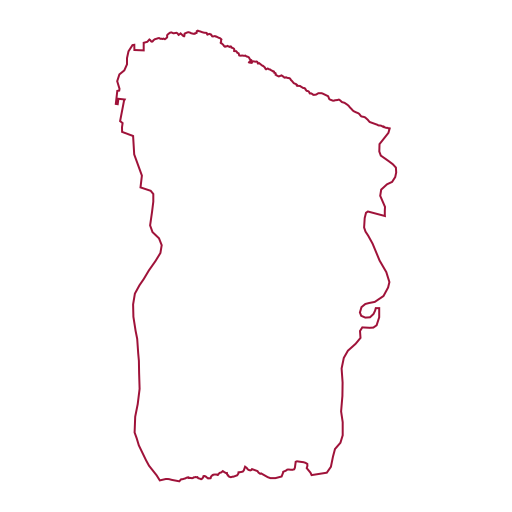 outline of Ysyk-Ata, Chuy, Kyrgyzstan
{"feature_id": "92254566B31675215078110", "entity_name": "Ysyk-Ata", "entity_type": "district", "adm_level": 2, "iso_a3": "KGZ", "parent_name": "Kyrgyzstan", "parent_adm1": "Chuy", "projection": "albers", "projection_center": [74.932, 42.711], "detail": "fine", "context": "isolated", "style": "outline", "palette": "rose", "viewbox_px": 512, "rotation_deg": 0, "n_neighbors": 0, "source": "geoboundaries", "source_scale": "gbopen_adm2", "svg_char_len": 5874}
<svg xmlns="http://www.w3.org/2000/svg" viewBox="0 0 512 512"><path d="M149.4,39.5L147.3,41.8L143.7,42.8L143.7,50.4L134.4,50.0L134.3,44.8L132.5,45.1L128.5,51.3L127.0,58.1L127.0,64.3L124.3,70.4L119.4,74.4L117.2,81.2L119.5,88.8L119.2,90.6L117.3,90.9L115.8,103.9L117.7,104.2L118.4,98.8L124.7,99.5L124.0,100.8L120.1,121.1L122.6,123.1L122.0,127.3L122.1,131.9L133.1,136.0L134.2,154.4L141.9,175.6L140.5,187.4L150.7,190.8L153.3,194.0L153.3,201.7L152.0,212.2L150.1,225.4L152.5,232.1L159.0,238.3L161.7,245.2L160.4,253.0L155.5,261.0L148.9,270.4L143.7,279.1L139.5,285.2L134.9,293.6L133.1,304.4L133.4,316.8L135.6,330.9L137.2,338.9L138.2,353.3L138.9,360.9L139.1,372.9L139.6,388.9L137.7,404.2L135.2,416.7L134.6,432.5L136.7,438.3L138.8,445.3L146.0,460.2L149.0,465.7L156.6,475.3L159.8,480.4L165.8,479.0L167.1,479.0L168.9,479.1L171.9,479.9L179.3,481.3L181.1,479.3L182.6,479.2L184.5,478.6L185.1,478.5L185.4,478.3L186.1,478.0L186.6,477.7L188.1,477.3L188.4,477.9L189.0,477.7L189.2,478.0L190.3,478.0L190.7,477.9L191.2,478.1L192.7,478.1L193.1,477.9L193.6,477.4L194.7,477.3L195.7,477.0L196.2,477.3L197.4,477.1L198.2,478.2L200.3,478.8L201.0,479.2L201.6,479.1L201.9,478.7L202.4,478.3L203.0,477.6L203.5,476.1L204.4,476.0L205.0,476.1L205.4,476.6L206.1,476.7L206.9,477.6L207.6,478.0L207.9,478.3L208.2,478.2L208.6,478.4L209.0,478.2L209.9,478.4L210.6,478.2L211.1,476.5L212.5,475.1L212.8,475.2L213.3,474.7L214.8,474.5L216.6,474.5L216.8,474.7L217.7,475.0L218.1,474.8L218.3,474.1L218.7,473.9L219.6,472.9L221.3,472.4L222.8,471.1L224.4,472.2L226.1,473.1L226.9,473.0L227.1,474.3L227.7,474.8L227.8,475.5L228.3,475.6L229.1,476.7L230.8,477.2L232.9,476.6L233.4,476.7L237.2,475.3L238.4,473.5L238.5,472.3L240.6,472.1L242.8,471.6L243.8,470.4L245.1,466.7L246.7,467.9L247.7,469.3L248.8,470.0L250.3,470.4L251.4,470.0L251.5,469.7L252.0,469.1L257.5,471.1L258.5,472.6L260.2,473.8L261.1,473.4L267.8,477.2L270.3,478.1L275.5,478.1L281.6,476.5L283.0,472.9L283.2,471.8L285.8,470.7L287.3,469.6L288.7,469.5L290.2,469.7L292.4,469.8L294.2,469.3L294.9,467.7L295.7,461.8L297.0,461.3L301.1,461.9L303.5,462.2L305.4,462.8L307.3,463.9L307.4,465.9L306.7,468.1L310.5,472.7L311.6,475.1L326.8,472.7L330.9,466.8L333.0,456.5L335.0,449.0L340.4,442.8L342.7,435.3L342.7,422.2L341.1,411.4L342.4,396.0L342.6,382.6L341.6,368.5L343.8,357.9L347.9,350.7L355.6,343.8L360.5,337.9L360.0,331.0L362.3,327.4L369.7,327.8L373.3,327.6L376.6,325.3L379.2,317.3L379.2,308.1L375.8,308.1L375.1,310.6L373.5,314.0L370.0,317.3L365.3,317.6L361.2,315.8L359.9,312.5L361.5,307.1L365.3,304.0L369.1,303.0L374.8,301.9L383.5,296.0L388.1,287.5L389.4,282.1L386.3,272.1L379.6,260.6L372.6,243.7L368.2,235.7L365.5,231.6L364.1,227.5L364.7,218.0L366.0,212.8L367.9,211.5L384.9,216.0L384.8,214.7L384.8,210.6L385.0,206.9L380.2,195.8L381.2,189.6L387.0,184.3L392.1,181.9L395.2,177.1L396.2,172.5L395.9,167.6L392.9,164.3L388.5,161.0L380.8,155.6L379.3,151.5L379.5,144.1L388.4,132.9L389.7,128.4L389.3,128.3L388.9,128.7L387.7,127.9L386.4,127.9L384.3,127.2L384.1,126.8L383.8,126.6L383.6,127.0L382.7,126.6L381.6,125.9L380.7,125.6L378.4,125.4L376.8,124.5L376.6,124.5L369.7,122.0L369.1,121.4L367.7,119.7L365.1,117.4L363.8,116.9L362.1,116.6L361.2,116.3L360.7,115.8L359.3,114.0L358.8,113.6L358.0,113.1L356.2,112.4L353.9,111.3L352.8,110.5L351.5,109.0L349.8,107.3L348.9,106.1L347.6,104.9L344.5,102.8L342.0,102.1L341.6,101.8L340.3,100.5L338.9,99.6L338.4,99.7L337.6,100.0L334.8,100.3L334.5,100.5L333.7,100.7L333.0,100.7L330.1,99.6L329.4,99.2L329.0,98.5L328.5,97.1L328.1,96.2L322.5,93.5L321.5,93.2L318.5,93.2L318.0,93.4L316.3,94.5L315.5,94.7L313.6,94.9L313.3,94.9L312.5,94.1L311.8,93.8L311.5,93.5L310.9,93.3L310.3,93.5L309.9,93.5L309.7,93.3L309.1,92.0L308.8,91.6L308.0,91.1L306.8,90.9L306.5,90.7L305.5,89.5L305.6,89.3L305.2,88.7L304.6,88.1L303.2,88.0L300.9,86.6L300.3,86.1L299.2,85.9L297.3,85.9L297.0,85.8L296.7,85.5L296.9,84.8L296.2,84.2L293.8,83.2L291.9,80.9L291.0,80.1L290.1,78.6L288.9,78.0L288.3,78.1L286.8,77.7L286.2,77.3L285.8,77.3L285.0,77.7L284.4,77.6L283.6,76.8L283.1,76.6L282.5,75.9L281.9,75.8L281.5,75.4L278.9,76.4L278.6,76.4L277.3,75.7L276.4,75.3L276.1,74.9L275.6,74.7L275.7,73.8L275.6,73.3L275.2,73.0L274.3,72.8L274.2,72.2L274.0,71.6L273.3,71.2L272.7,71.3L272.2,70.8L270.7,70.0L270.2,69.5L269.2,69.4L268.8,69.1L267.7,68.5L266.1,69.3L265.3,68.6L264.9,67.5L263.0,65.8L262.5,65.8L259.1,63.1L258.7,63.2L258.3,63.5L257.9,63.5L257.7,63.1L257.6,62.5L257.2,61.8L256.6,61.5L255.5,61.7L253.2,61.3L252.6,61.4L251.7,62.9L249.1,62.5L249.0,62.4L249.5,61.7L250.1,61.2L251.2,60.6L251.4,60.3L251.3,60.1L250.4,59.7L249.6,58.8L249.0,57.5L247.7,56.7L246.6,56.5L245.3,55.6L244.9,55.8L243.3,55.7L242.1,55.5L240.9,55.7L239.3,55.5L239.1,55.2L238.7,53.5L238.6,53.3L237.3,52.8L236.9,52.0L236.2,51.2L234.4,51.1L234.1,51.0L234.3,49.5L234.0,48.8L233.6,48.5L232.4,47.8L231.5,47.7L231.1,46.6L230.2,46.4L229.5,46.9L227.9,46.1L227.5,45.9L226.7,46.4L225.7,46.3L225.4,46.7L225.1,46.7L224.8,46.7L224.1,46.1L223.3,44.9L221.8,43.5L221.0,43.2L220.7,42.9L220.7,42.5L221.0,41.8L221.1,41.4L221.1,40.6L221.1,40.0L221.4,39.4L220.9,38.9L219.7,38.0L218.7,37.8L217.1,36.9L216.8,36.9L216.4,36.6L215.9,36.6L215.7,36.3L214.7,36.1L213.3,36.4L212.3,36.4L212.0,36.1L211.2,34.6L210.6,34.6L209.8,33.9L208.9,34.0L208.5,34.2L207.4,34.6L207.0,34.0L206.9,33.3L206.5,32.9L204.1,32.7L202.2,32.2L200.1,31.4L199.2,31.2L197.9,30.7L197.6,31.2L196.8,31.2L196.5,33.0L195.1,33.2L194.8,33.8L193.5,33.8L192.2,33.5L191.0,33.2L190.0,32.6L188.5,32.2L187.4,32.4L184.8,33.5L184.5,33.9L184.5,34.8L184.3,36.1L184.1,36.3L183.3,36.0L180.6,33.4L179.7,34.2L178.6,34.9L177.5,33.4L176.5,32.8L173.6,33.3L172.9,33.1L172.3,32.8L171.2,32.4L170.7,32.6L170.0,32.7L169.3,33.2L168.3,34.0L167.4,34.8L167.1,35.4L167.2,36.4L167.1,37.4L166.0,38.4L164.9,39.2L164.5,39.1L163.5,38.6L162.3,39.0L161.5,38.7L160.3,38.8L159.3,38.1L158.4,38.1L157.0,38.6L154.7,39.3L153.2,40.5L152.9,41.1L152.5,41.5L151.9,41.7L151.2,41.4L150.3,40.2L149.4,39.5Z" fill="none" stroke="#9f1239" stroke-width="2"/></svg>